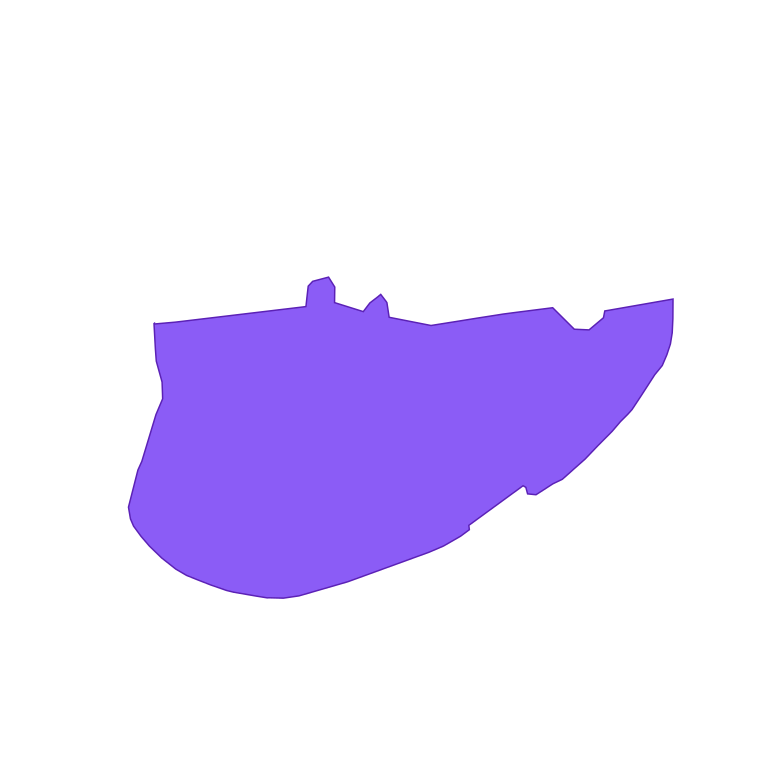 the district of Niamina Dankunku, Central River, Gambia, rotated 236°
{"feature_id": "56634734B21442074713298", "entity_name": "Niamina Dankunku", "entity_type": "district", "adm_level": 2, "iso_a3": "GMB", "parent_name": "Gambia", "parent_adm1": "Central River", "projection": "orthographic", "projection_center": [-15.324, 13.604], "detail": "fine", "context": "isolated", "style": "filled", "palette": "violet", "viewbox_px": 768, "rotation_deg": 236, "n_neighbors": 0, "source": "geoboundaries", "source_scale": "gbopen_adm2", "svg_char_len": 1319}
<svg xmlns="http://www.w3.org/2000/svg" viewBox="0 0 768 768"><g transform="rotate(236 384 384)"><path d="M292.8,671.1L319.5,611.4L321.1,607.9L316.2,603.0L314.2,584.3L314.6,583.7L323.0,572.4L352.9,566.5L353.5,565.3L364.9,542.7L369.7,533.2L375.4,521.8L377.2,517.9L386.4,498.3L392.5,485.1L406.2,455.7L436.2,425.8L436.5,425.6L449.8,431.9L450.4,431.9L451.5,431.9L460.1,431.4L459.9,428.9L459.8,428.6L459.1,417.6L455.6,407.3L478.9,388.7L479.1,388.5L491.9,397.4L503.6,397.8L505.8,391.5L509.0,382.3L507.5,375.9L499.9,369.4L494.0,364.4L493.0,363.6L491.9,362.5L493.1,360.1L493.6,359.1L551.9,245.7L562.2,227.1L562.7,227.5L562.7,227.1L540.6,213.9L530.3,208.0L509.7,201.1L500.4,195.3L495.5,192.2L486.2,177.9L455.3,140.0L450.3,131.9L424.8,103.3L414.0,98.4L406.2,96.9L393.5,97.4L380.7,98.9L364.1,102.4L346.9,107.9L335.7,113.3L326.4,119.6L314.1,128.1L300.9,138.0L295.5,142.9L279.4,159.7L272.0,167.6L271.1,169.1L262.7,180.9L255.9,195.0L240.3,243.4L219.3,327.5L216.4,342.8L215.0,362.5L215.5,373.3L219.4,375.3L221.9,442.4L219.0,443.8L212.6,441.6L207.2,448.1L206.8,468.3L205.3,478.6L206.9,490.7L207.3,493.4L209.3,508.7L213.2,526.5L217.2,546.7L220.6,559.0L222.6,569.3L224.1,575.3L230.4,590.5L240.3,613.7L243.7,625.0L250.1,634.9L257.0,643.8L265.3,651.6L276.6,660.0L292.8,671.1Z" fill="#8b5cf6" stroke="#5b21b6" stroke-width="1.5"/></g></svg>